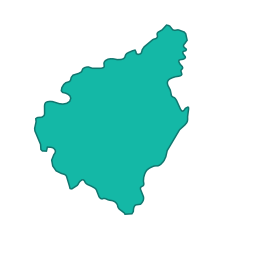 map outline of Vienne (Equal Earth projection), rotated 68°
{"feature_id": "FRA-5354", "entity_name": "Vienne", "entity_type": "Metropolitan department", "adm_level": 1, "iso_a3": "FRA", "parent_name": "France", "parent_adm1": "", "projection": "equal_earth", "projection_center": [0.44, 46.607], "detail": "fine", "context": "isolated", "style": "filled", "palette": "teal", "viewbox_px": 256, "rotation_deg": 68, "n_neighbors": 0, "source": "natural_earth", "source_scale": "10m", "svg_char_len": 3143}
<svg xmlns="http://www.w3.org/2000/svg" viewBox="0 0 256 256"><g transform="rotate(68 128 128)"><path d="M159.5,204.0L149.7,203.1L148.4,203.4L147.2,204.3L145.1,206.9L140.8,210.7L135.0,212.0L129.2,210.8L125.0,206.8L123.8,205.0L122.6,204.1L121.0,203.8L119.1,204.4L118.0,205.3L117.0,206.7L115.5,209.9L118.9,212.3L117.2,216.0L115.3,216.8L110.4,215.2L95.9,215.4L93.4,214.7L87.8,210.9L84.8,210.0L84.4,208.2L84.8,206.6L85.4,205.0L85.7,203.4L85.0,201.0L83.3,199.9L76.4,197.2L74.8,196.3L73.7,195.0L73.5,193.9L73.5,192.7L74.1,190.4L75.2,188.1L79.7,182.6L81.4,179.5L82.2,175.6L81.5,172.1L79.0,169.9L76.5,169.8L74.2,171.0L72.2,172.9L70.5,175.3L68.5,175.9L65.8,174.2L63.6,171.3L62.7,168.7L63.0,165.4L62.8,164.4L62.2,163.4L59.8,161.6L58.4,159.1L58.9,153.1L58.5,150.2L57.9,149.4L56.6,148.2L56.1,147.4L55.9,146.4L55.8,145.3L56.1,143.2L56.6,141.8L59.3,138.7L62.5,130.7L62.8,129.4L62.7,127.8L62.1,127.0L59.1,126.1L58.2,125.5L57.5,124.6L57.0,123.5L56.7,120.8L57.3,118.2L58.4,115.7L60.6,112.3L61.9,108.7L62.1,107.0L61.9,105.6L61.3,104.5L59.4,102.9L58.5,101.4L58.2,99.3L58.1,94.9L58.4,92.3L60.1,92.1L62.2,92.4L63.6,91.1L63.9,88.7L63.3,87.4L60.7,85.4L58.8,82.6L55.4,72.1L55.3,70.6L55.5,69.4L55.5,68.2L54.9,66.9L54.0,66.3L52.0,65.9L51.1,65.4L50.4,64.1L49.8,59.6L47.0,53.7L47.5,53.0L48.1,52.1L49.2,51.1L52.6,50.1L54.0,49.5L55.0,48.0L55.3,46.7L55.5,45.6L56.0,44.4L60.1,39.9L62.3,39.2L68.8,40.3L70.1,42.4L70.8,43.4L71.3,44.5L72.0,45.4L72.9,45.9L74.4,45.7L76.5,44.5L77.3,44.6L77.9,45.5L77.9,46.5L77.7,47.5L77.9,48.4L78.8,49.1L80.4,49.0L83.3,48.2L84.3,48.5L84.8,49.7L84.9,51.0L84.7,52.2L84.4,53.3L84.2,54.4L84.3,55.3L85.3,56.0L87.0,56.0L88.6,55.7L91.4,54.7L92.5,54.7L93.3,55.2L94.1,56.9L94.9,57.6L97.5,57.8L98.6,58.1L99.0,58.8L99.2,59.7L99.0,61.7L98.2,64.9L98.0,68.0L98.1,70.3L98.3,71.5L98.7,72.6L99.6,73.8L101.0,74.7L103.3,75.1L108.7,74.6L114.3,75.6L115.5,75.2L116.4,74.5L117.2,73.7L118.2,73.2L120.5,72.7L130.3,72.3L131.5,72.0L132.6,71.5L132.8,71.0L132.8,70.4L132.7,69.9L132.5,69.4L132.3,68.9L132.0,68.4L131.6,68.0L131.3,67.5L131.2,66.9L131.1,65.7L131.1,65.2L131.0,64.7L131.5,64.2L132.9,64.6L139.8,68.5L142.4,69.5L143.8,70.3L145.0,71.5L146.4,74.0L148.9,80.8L163.6,100.1L168.9,103.8L169.8,104.8L171.5,106.6L172.5,108.1L173.9,111.1L174.3,112.9L174.3,114.5L173.9,115.5L173.5,116.5L173.2,117.5L173.0,118.6L173.1,121.8L173.4,124.0L174.2,126.4L175.2,127.9L176.7,129.6L179.6,131.9L183.0,133.6L185.6,134.2L186.4,134.6L187.1,135.3L187.5,137.8L188.0,138.8L189.5,139.4L197.3,139.4L198.6,139.7L199.7,140.2L200.8,141.0L201.7,142.0L202.4,143.0L202.9,143.9L203.3,144.8L203.3,145.3L202.3,149.2L202.4,150.6L203.8,152.3L205.1,153.2L207.5,154.4L209.0,156.5L206.8,163.1L205.5,163.2L199.9,166.5L198.2,166.9L196.8,166.9L195.6,166.6L194.5,166.7L193.3,167.0L192.0,167.5L190.8,168.4L189.5,169.7L188.2,171.9L187.1,173.4L185.4,175.0L184.6,176.0L184.1,177.3L184.1,178.3L183.8,179.0L183.2,179.7L181.8,180.4L180.6,180.6L173.7,180.5L172.6,180.7L171.3,181.3L168.4,183.6L165.1,186.8L164.0,187.5L162.8,188.0L160.2,188.3L159.3,188.9L158.8,190.1L159.5,192.6L160.4,194.1L161.5,195.4L162.2,196.6L163.4,202.8L163.0,203.7L162.4,204.4L159.5,204.0Z" fill="#14b8a6" stroke="#0f766e" stroke-width="1.5"/></g></svg>